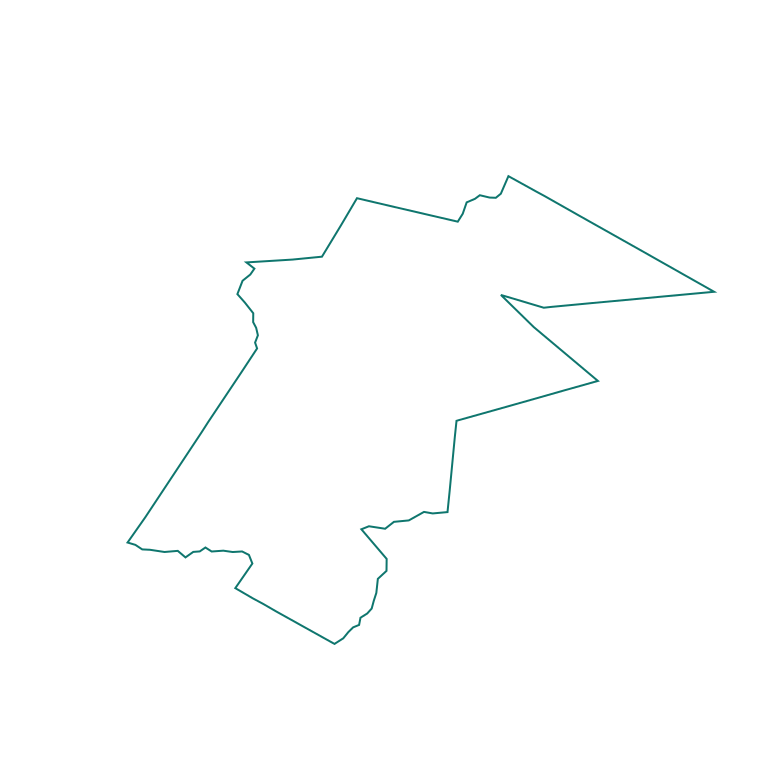 outline of Palmares, Pernambuco, Brazil, rotated 222°
{"feature_id": "56859067B81713623285946", "entity_name": "Palmares", "entity_type": "district", "adm_level": 2, "iso_a3": "BRA", "parent_name": "Brazil", "parent_adm1": "Pernambuco", "projection": "orthographic", "projection_center": [-35.631, -8.659], "detail": "fine", "context": "isolated", "style": "outline", "palette": "teal", "viewbox_px": 768, "rotation_deg": 222, "n_neighbors": 0, "source": "geoboundaries", "source_scale": "gbopen_adm2", "svg_char_len": 1243}
<svg xmlns="http://www.w3.org/2000/svg" viewBox="0 0 768 768"><g transform="rotate(222 384 384)"><path d="M567.6,382.3L557.5,383.0L556.6,375.9L558.2,366.1L553.1,352.7L541.8,351.4L528.5,349.1L522.6,342.4L516.6,340.2L510.3,335.8L507.5,328.5L502.1,325.5L497.9,297.8L489.2,238.0L487.2,225.8L472.2,125.1L468.5,94.6L461.1,98.1L453.0,99.3L447.0,104.2L434.7,112.3L425.6,122.0L415.5,122.3L413.4,131.6L408.9,136.3L407.3,143.0L400.0,144.2L391.9,152.6L384.0,157.9L377.4,164.6L370.0,166.6L361.7,162.5L357.9,132.8L338.2,136.9L326.3,139.8L312.1,142.8L246.9,157.7L244.1,167.8L244.5,175.8L244.1,182.5L241.3,188.3L245.1,194.6L242.9,202.2L242.9,208.9L246.6,216.2L249.9,223.6L258.2,235.1L257.1,246.8L265.0,255.8L303.6,260.9L300.0,268.2L292.7,273.0L286.3,277.2L284.4,288.2L274.3,299.2L268.7,315.7L261.2,320.4L251.1,331.3L263.6,348.4L296.2,392.4L305.5,405.2L274.1,454.8L246.0,499.5L227.1,529.4L310.9,526.5L356.7,528.4L316.3,547.6L311.3,553.2L293.9,572.1L283.6,583.3L200.4,673.4L281.1,655.5L350.7,639.9L390.5,631.1L400.0,628.8L430.6,621.7L424.5,603.6L425.5,597.2L430.3,593.2L439.1,588.4L440.3,582.5L444.1,574.3L439.4,563.2L437.8,554.0L494.4,522.7L528.4,504.0L522.2,473.4L515.3,437.1L535.2,415.3L567.6,382.3Z" fill="none" stroke="#0f766e" stroke-width="2"/></g></svg>